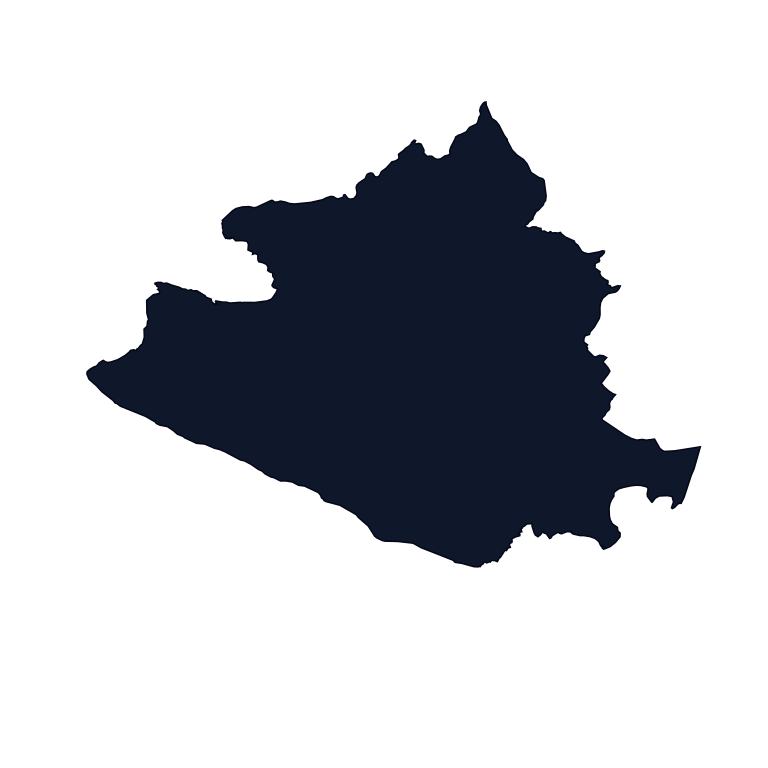 Mahajanga II, Boeny, Madagascar, rotated 250°
{"feature_id": "10022922B51504984909978", "entity_name": "Mahajanga II", "entity_type": "district", "adm_level": 2, "iso_a3": "MDG", "parent_name": "Madagascar", "parent_adm1": "Boeny", "projection": "equal_earth", "projection_center": [46.72, -15.594], "detail": "fine", "context": "isolated", "style": "filled", "palette": "ink", "viewbox_px": 768, "rotation_deg": 250, "n_neighbors": 0, "source": "geoboundaries", "source_scale": "gbopen_adm2", "svg_char_len": 6171}
<svg xmlns="http://www.w3.org/2000/svg" viewBox="0 0 768 768"><g transform="rotate(250 384 384)"><path d="M187.8,476.4L188.8,479.5L190.5,482.1L190.4,483.2L189.2,483.4L187.8,485.3L182.2,486.8L182.3,488.3L183.9,490.3L185.1,496.0L184.9,497.3L183.9,497.7L182.5,499.6L182.7,505.2L181.7,507.8L181.8,508.9L181.1,508.7L178.4,510.3L174.6,516.2L173.4,519.5L170.2,525.3L166.5,529.7L162.3,532.0L157.9,532.3L157.2,532.8L157.5,534.1L156.5,534.1L156.2,533.0L155.7,532.9L153.6,533.9L153.8,540.8L156.0,547.3L159.7,553.6L163.2,554.9L166.1,553.5L169.4,554.3L174.6,550.7L179.2,550.1L183.0,550.7L190.3,553.0L194.4,555.4L197.2,558.0L200.0,561.7L202.7,562.6L203.9,564.2L205.2,568.7L204.9,574.0L203.8,581.6L202.5,586.7L200.7,590.9L197.7,595.4L196.6,596.2L195.0,596.3L190.7,593.7L188.3,593.1L181.4,595.1L181.2,595.7L183.9,599.9L184.6,604.3L182.3,611.8L179.8,616.2L174.1,615.7L169.4,611.8L168.3,612.3L168.6,614.8L170.7,618.9L170.8,621.0L170.2,622.4L175.1,627.4L193.1,641.5L198.2,646.3L216.8,659.8L221.7,634.5L224.7,624.6L226.4,622.8L229.2,621.2L239.7,619.4L241.5,611.4L243.6,607.7L244.8,602.4L248.1,598.0L253.6,592.8L275.5,576.9L276.9,576.9L277.8,577.7L279.2,580.9L281.3,583.0L282.9,587.0L285.1,588.4L288.6,589.2L291.0,591.2L291.7,593.2L293.0,594.5L294.8,597.9L296.8,595.6L300.9,592.6L306.2,589.8L310.4,588.4L316.7,598.2L318.9,600.7L322.6,600.1L328.1,598.1L328.9,597.2L330.6,598.3L332.6,602.3L335.6,599.7L337.3,596.3L337.0,592.0L338.4,590.3L346.2,586.7L348.3,587.6L349.8,587.1L351.2,588.7L355.0,586.1L358.1,587.3L360.5,589.5L360.3,594.0L362.4,595.5L365.6,601.1L372.0,608.8L375.4,610.8L382.0,613.1L386.3,615.3L389.8,618.9L392.3,625.6L391.2,633.0L391.7,635.0L393.3,637.6L395.3,639.6L396.4,637.3L396.5,631.4L397.3,630.4L399.0,630.2L400.9,627.8L402.7,629.3L404.5,629.7L406.3,627.7L410.8,624.8L414.3,624.5L415.6,625.5L420.8,621.9L425.0,623.7L425.3,627.9L426.1,628.8L429.1,629.2L430.2,632.8L431.9,635.8L433.4,636.6L434.5,634.9L434.6,631.3L436.4,620.7L438.8,617.0L441.1,615.1L448.2,613.6L450.9,611.8L453.4,611.6L460.0,604.8L464.0,602.3L466.1,601.7L466.4,599.0L467.8,596.2L468.1,594.5L469.1,593.0L470.1,592.9L470.4,592.0L469.8,590.7L470.1,589.5L472.9,587.1L473.7,584.0L476.5,584.7L478.3,581.6L479.6,580.8L480.9,577.2L480.7,573.6L483.7,570.4L485.0,571.6L485.2,573.6L486.8,575.9L488.0,580.1L490.7,582.0L494.2,586.3L494.4,588.2L497.9,595.1L499.6,596.2L501.1,598.6L505.3,600.7L520.5,604.1L522.6,603.4L525.0,600.2L532.4,594.6L541.9,593.8L547.2,591.9L553.6,587.3L559.9,584.5L569.7,583.1L571.9,583.4L576.7,582.0L587.6,580.7L592.4,579.2L596.7,576.1L611.0,575.5L614.2,576.3L614.4,574.6L613.6,572.7L611.1,569.4L608.1,567.4L605.2,567.3L603.5,566.5L602.5,564.8L597.5,561.2L596.6,559.5L595.9,552.2L592.8,547.4L592.2,540.9L592.4,539.0L591.5,535.6L590.5,535.1L583.5,527.5L580.7,525.5L577.9,524.8L577.1,523.0L577.5,519.1L576.2,514.1L576.9,511.0L578.1,509.2L581.7,506.8L582.7,504.5L583.1,502.4L587.4,500.4L590.2,501.6L596.8,500.9L598.3,498.8L598.6,495.6L599.7,495.1L601.9,497.0L602.9,495.7L601.4,492.4L600.1,491.3L599.1,489.1L598.1,484.7L596.7,482.1L595.2,476.8L594.7,476.1L591.5,475.5L590.2,473.9L589.7,470.7L590.1,467.4L586.1,459.9L584.5,454.2L581.5,451.2L581.0,450.0L580.9,448.1L582.0,446.4L585.8,445.4L586.9,443.7L587.1,441.2L586.5,439.4L583.4,436.6L581.6,429.3L580.1,426.4L578.1,425.0L572.7,424.0L570.4,422.3L568.6,419.0L569.3,415.3L570.7,413.6L575.3,412.1L575.4,410.8L573.5,409.4L573.6,404.2L575.2,402.1L577.2,400.7L578.5,398.2L578.7,393.4L578.2,389.2L579.8,376.9L583.7,361.8L585.9,357.0L588.7,353.6L591.3,349.3L591.5,346.0L592.5,343.3L594.5,342.2L595.1,340.9L593.7,324.7L594.1,322.2L596.9,317.8L598.9,311.2L599.5,304.9L598.6,301.0L593.1,288.0L591.7,288.0L590.1,286.5L587.8,286.4L586.0,285.5L584.1,285.7L581.1,284.2L577.5,284.5L575.0,285.0L574.9,285.8L573.9,287.1L574.0,288.7L573.5,288.3L573.2,288.8L573.0,292.0L569.3,293.6L567.2,299.8L565.2,303.6L564.0,304.3L561.5,304.3L556.4,302.0L553.1,305.5L552.2,305.7L550.8,304.8L550.7,307.4L548.7,309.6L543.8,308.0L541.7,308.1L539.6,311.4L536.5,314.5L533.2,315.0L530.5,313.5L528.4,314.9L526.6,317.3L523.0,316.3L520.8,317.1L519.4,316.7L515.1,312.5L514.5,312.5L512.5,313.2L509.6,316.6L506.7,313.7L503.0,308.6L502.3,307.1L502.1,302.5L504.8,290.5L508.7,280.0L509.0,278.3L509.9,277.1L512.7,267.1L515.0,263.6L516.2,260.3L519.6,254.4L519.1,253.8L516.2,254.6L517.3,253.4L516.7,252.2L520.0,250.3L523.0,250.6L526.1,246.7L528.1,246.1L535.6,240.1L536.9,236.4L538.7,234.8L538.7,232.9L539.6,230.9L541.0,230.0L542.2,227.2L544.8,224.8L549.6,218.3L553.1,214.4L554.0,211.0L555.7,209.3L556.9,206.1L557.1,203.3L556.4,202.9L554.8,204.1L553.7,203.9L552.8,205.0L550.4,204.5L550.2,203.7L549.0,204.6L546.3,204.6L546.1,203.0L546.8,197.8L543.8,189.6L531.6,185.4L524.5,184.7L524.0,183.4L519.3,181.0L517.7,177.3L509.8,174.7L504.2,170.5L503.6,168.5L501.4,165.0L501.3,163.4L500.3,163.0L500.9,160.9L501.7,160.9L502.3,157.4L501.1,155.4L499.4,150.6L497.9,142.2L498.1,134.8L498.8,131.7L500.4,129.5L502.1,128.6L502.2,127.6L501.3,123.6L499.2,120.1L499.2,116.5L498.4,112.6L497.1,109.3L495.0,108.2L489.2,108.5L480.7,113.2L473.2,116.3L461.0,123.9L458.1,124.8L457.0,126.3L453.4,128.6L435.2,148.8L426.5,156.1L424.8,156.5L422.1,159.1L418.0,165.9L412.1,170.2L407.6,172.6L403.5,177.2L401.6,178.3L392.4,187.5L388.8,195.1L381.7,202.6L378.8,206.9L375.1,211.0L361.7,223.1L359.6,226.4L354.3,231.3L346.6,236.8L344.0,239.5L340.1,241.6L335.5,245.7L333.7,248.4L328.3,253.5L326.4,258.7L323.3,264.3L318.1,269.0L315.2,274.5L304.5,285.1L301.0,286.4L298.5,286.3L296.2,287.7L295.1,287.7L293.4,289.2L285.1,301.1L270.6,313.3L267.5,314.2L255.9,320.6L244.1,323.2L241.6,324.8L237.3,329.1L236.0,331.1L231.4,342.9L224.5,356.8L217.4,363.0L194.8,388.6L192.1,389.8L188.8,395.8L181.5,406.1L180.2,409.3L180.5,409.3L179.5,412.1L180.6,413.3L181.1,415.7L182.2,416.9L182.2,418.0L180.7,419.4L180.9,422.3L180.3,422.8L181.4,424.8L180.3,427.5L178.3,429.8L181.6,433.4L181.2,434.0L186.3,440.6L185.6,441.9L186.2,443.1L187.4,443.9L187.3,446.9L189.8,446.8L191.2,447.7L191.3,449.8L192.0,450.5L194.8,451.2L195.3,455.2L195.0,459.7L196.4,460.4L197.8,459.5L198.3,461.9L198.0,462.9L201.3,463.4L201.3,464.6L202.3,465.7L202.4,467.2L203.6,470.3L202.1,475.4L199.9,474.5L192.4,474.2L190.2,474.6L187.8,476.4Z" fill="#0f172a" stroke="#020617" stroke-width="1.5"/></g></svg>